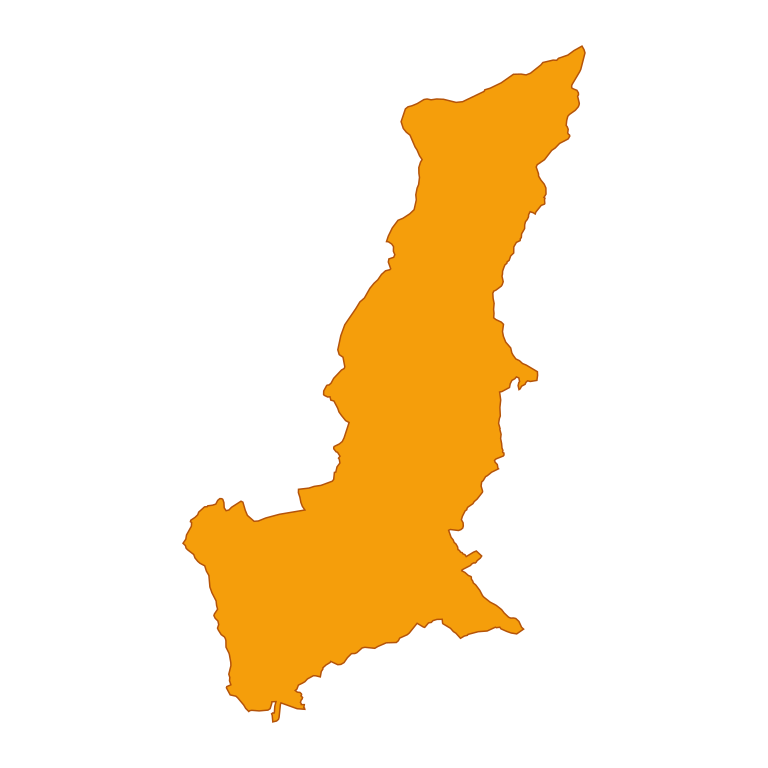 Tomesti, Hunedoara, Romania (Robinson projection)
{"feature_id": "2599482B69537479715254", "entity_name": "Tomesti", "entity_type": "district", "adm_level": 2, "iso_a3": "ROU", "parent_name": "Romania", "parent_adm1": "Hunedoara", "projection": "robinson", "projection_center": [22.675, 46.258], "detail": "fine", "context": "isolated", "style": "filled", "palette": "amber", "viewbox_px": 768, "rotation_deg": 0, "n_neighbors": 0, "source": "geoboundaries", "source_scale": "gbopen_adm2", "svg_char_len": 6098}
<svg xmlns="http://www.w3.org/2000/svg" viewBox="0 0 768 768"><path d="M304.8,709.3L304.5,708.0L303.8,707.6L304.3,704.6L301.3,704.6L301.1,703.4L300.4,702.4L301.3,699.8L301.9,699.4L302.6,697.5L301.0,695.9L301.6,694.8L301.4,693.8L299.9,692.4L297.4,692.2L295.2,690.5L296.9,689.1L298.4,685.1L302.5,683.1L304.9,681.7L307.5,678.9L313.4,675.7L315.8,675.8L320.3,676.9L321.3,671.5L322.9,669.0L322.9,667.8L326.0,665.0L330.1,662.5L330.7,661.4L337.8,664.7L340.9,664.4L344.0,662.6L347.4,657.7L351.5,653.6L354.9,653.5L356.8,652.7L362.2,647.9L364.9,647.3L374.8,648.3L377.8,646.5L386.3,642.8L396.3,642.5L398.3,640.8L399.7,638.1L407.3,634.7L409.3,633.0L417.1,623.3L423.3,627.0L424.7,627.4L428.5,622.9L431.3,622.4L433.0,620.6L437.0,619.4L442.2,619.3L442.6,623.2L443.0,623.8L450.5,628.3L453.4,631.6L455.9,633.2L460.5,638.3L464.4,636.0L467.4,635.3L468.0,634.4L478.2,631.7L487.2,631.0L495.4,627.2L496.4,627.7L499.8,627.2L500.9,628.8L506.7,631.4L511.2,633.0L516.7,633.9L523.6,629.1L521.6,627.3L518.9,621.4L515.8,618.5L513.7,618.0L510.7,618.1L508.6,617.2L504.1,612.9L501.6,609.6L496.3,605.4L490.1,602.1L483.8,597.1L482.5,595.6L479.8,590.4L475.7,584.9L473.3,582.9L472.8,581.2L471.4,579.1L471.3,577.0L470.9,576.5L468.4,575.5L464.9,572.4L461.8,570.8L461.8,570.2L463.4,569.1L470.6,565.4L471.5,564.1L474.0,562.7L475.0,563.1L476.3,562.1L477.0,560.8L480.4,558.0L481.7,556.0L476.3,551.0L473.6,552.1L466.2,556.6L465.0,554.7L463.0,553.9L462.1,552.6L460.6,552.2L459.4,550.4L458.0,549.6L457.6,546.9L455.9,543.9L454.2,542.5L453.1,539.8L451.1,537.3L448.6,530.3L450.3,529.5L458.5,530.5L460.9,529.6L462.7,528.1L463.3,526.0L463.1,522.8L461.4,519.7L462.4,516.3L465.1,510.9L466.8,509.7L466.9,508.6L467.8,507.2L472.9,503.7L474.2,501.6L477.1,499.1L482.4,492.3L482.6,491.2L481.1,486.0L481.7,481.9L483.2,480.6L485.6,476.6L487.3,475.7L491.6,472.2L498.5,468.8L497.9,468.1L497.3,464.5L495.1,462.2L494.5,460.4L496.1,458.9L503.3,456.0L504.0,455.0L503.9,453.0L502.9,452.6L502.6,451.9L502.9,450.3L502.0,448.1L501.6,443.4L500.6,438.6L501.1,434.3L499.8,429.2L500.1,428.7L498.6,423.3L499.4,418.5L500.3,416.0L499.9,407.5L500.7,400.0L499.6,392.0L501.8,391.6L509.5,387.5L510.2,383.8L511.9,380.4L514.9,378.7L516.4,376.9L518.8,377.9L519.6,381.5L518.8,382.6L518.1,385.6L519.0,389.6L520.1,388.9L521.6,386.2L525.1,384.3L525.9,382.4L527.6,380.8L530.2,381.5L536.9,380.4L537.6,375.3L537.4,371.7L526.3,365.1L522.5,363.5L519.5,360.7L515.8,358.9L513.1,355.2L511.8,352.8L510.7,347.9L505.7,342.1L503.4,336.3L502.5,331.6L503.5,324.3L501.3,322.1L495.8,319.5L493.7,317.8L494.0,313.3L493.6,309.4L494.1,303.4L493.1,298.3L492.8,293.2L493.8,291.1L496.0,290.1L501.3,286.1L502.2,284.7L503.2,281.7L502.0,276.1L502.5,274.1L502.6,271.2L503.9,267.4L505.0,264.8L506.8,263.4L507.1,261.9L509.1,260.4L510.7,255.9L513.7,253.0L513.8,246.9L516.4,242.4L520.1,240.6L520.4,238.5L521.3,237.7L521.6,233.8L524.6,228.6L524.7,224.7L525.5,221.7L527.2,219.6L528.5,216.9L528.6,214.7L530.1,211.7L533.4,212.8L535.2,214.0L535.9,212.0L541.2,205.4L544.5,204.1L544.8,203.5L544.5,199.8L545.0,198.2L543.9,197.5L546.0,194.1L545.9,188.0L544.2,184.1L541.0,180.2L538.6,176.1L538.5,173.8L536.2,167.0L537.2,164.7L544.5,159.7L551.7,150.4L555.2,148.0L559.6,143.4L568.2,138.9L569.8,136.1L569.5,135.0L568.4,134.2L567.7,132.9L568.2,129.3L567.2,126.7L566.2,125.5L566.7,120.5L567.8,116.3L569.4,114.5L575.4,110.2L578.3,106.8L579.1,104.8L579.3,103.3L577.6,96.2L578.5,94.8L578.4,92.9L576.9,90.3L573.4,88.9L571.9,88.0L571.6,87.2L571.8,85.1L572.5,83.8L579.7,71.7L580.8,69.3L585.0,52.9L584.0,49.6L582.0,46.1L574.1,50.5L567.8,55.1L558.5,58.3L556.7,60.3L553.1,60.1L542.9,62.5L540.8,65.0L530.5,73.2L526.1,74.9L521.1,74.1L513.4,74.3L501.1,82.9L490.1,88.2L484.8,89.8L484.1,91.4L462.6,101.7L456.1,102.4L443.6,99.3L436.6,99.0L431.1,99.8L427.1,99.0L424.0,99.5L417.2,103.6L411.9,105.8L408.0,106.8L405.4,108.9L401.1,121.7L403.3,128.5L406.3,132.2L410.0,135.1L415.1,147.0L417.0,149.9L419.5,155.7L422.1,159.6L420.5,162.2L418.8,167.6L418.9,173.4L419.5,177.4L418.6,184.6L417.1,188.1L415.8,194.8L416.3,199.9L414.1,209.7L409.8,213.8L402.9,218.3L398.0,220.3L392.3,227.9L388.3,236.1L386.5,241.6L388.4,241.8L391.7,244.0L393.5,246.6L393.4,251.2L394.8,254.7L393.7,257.3L388.9,258.9L388.3,262.0L390.7,268.8L389.8,269.7L385.5,270.8L381.5,274.4L377.8,279.8L374.0,283.3L369.9,288.3L364.4,298.0L359.9,301.9L355.7,308.8L344.8,324.7L340.8,335.7L337.8,349.8L339.2,354.6L343.0,357.2L344.8,366.8L344.2,368.5L341.5,370.0L333.7,378.3L331.1,383.1L329.1,384.9L327.1,385.2L326.5,385.8L323.7,391.0L323.6,394.5L324.2,395.3L327.7,397.0L330.0,396.8L330.8,400.1L333.9,401.0L337.7,408.2L339.0,412.0L341.5,415.5L345.6,420.6L349.1,422.5L344.1,437.8L342.3,441.5L339.4,443.9L334.1,446.5L333.7,447.8L333.8,448.9L336.1,451.8L337.5,452.3L340.0,456.2L338.5,458.2L339.3,459.3L339.9,463.0L337.0,466.9L335.8,472.1L334.4,472.4L333.7,479.4L332.3,481.2L320.9,485.4L314.1,486.4L308.9,488.1L298.5,489.3L298.4,492.7L299.9,497.3L300.9,502.5L302.4,506.4L304.9,510.0L279.4,514.3L265.7,518.0L258.3,521.0L254.1,521.3L247.4,515.4L245.3,510.4L242.9,502.2L241.0,501.2L231.5,507.3L228.9,510.0L226.1,510.7L224.2,507.8L223.9,502.6L222.8,499.4L221.8,498.7L219.8,498.6L217.7,500.4L215.8,504.1L212.5,505.2L207.8,505.8L207.3,506.6L204.5,506.9L198.7,512.1L197.7,514.8L195.0,517.4L190.8,520.2L190.4,521.7L191.6,522.5L191.4,526.2L186.5,535.0L185.8,539.2L183.0,543.3L185.4,545.6L186.1,548.2L187.5,549.7L193.7,554.5L195.0,558.0L197.8,561.4L200.0,563.3L204.7,565.8L206.4,571.1L208.9,575.5L209.9,587.0L211.9,592.7L216.1,600.9L216.6,605.5L217.6,609.2L214.4,614.0L213.9,615.6L215.2,618.3L217.9,621.0L218.7,624.6L217.5,628.1L218.3,630.0L221.2,634.6L224.4,636.9L225.4,638.7L225.9,640.6L226.0,647.2L228.9,653.0L229.4,654.6L230.8,662.6L230.9,665.7L228.8,674.2L229.8,677.5L229.5,680.7L230.9,684.8L226.8,686.6L226.4,687.8L230.2,694.9L235.9,696.2L237.6,697.7L243.7,705.0L245.7,708.4L248.8,711.5L249.7,710.7L251.7,710.3L259.1,710.9L268.0,710.1L270.1,708.7L271.7,703.6L271.9,701.8L276.0,701.6L274.8,706.2L274.4,712.2L273.9,713.2L272.9,712.9L271.6,713.8L272.2,715.3L272.8,721.9L276.6,721.0L278.5,719.3L279.1,717.2L280.4,704.5L281.0,702.9L297.1,708.7L304.8,709.3Z" fill="#f59e0b" stroke="#b45309" stroke-width="1.5"/></svg>